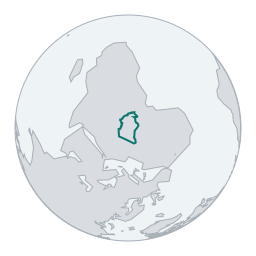 the Earth from above Chad, rotated 178°
{"feature_id": "TCD", "entity_name": "Chad", "entity_type": "country or territory", "adm_level": 0, "iso_a3": "TCD", "parent_name": "Africa", "parent_adm1": "", "projection": "orthographic", "projection_center": [18.978, 15.46], "detail": "fine", "context": "on_globe", "style": "outline", "palette": "teal", "viewbox_px": 256, "rotation_deg": 178, "n_neighbors": 0, "source": "natural_earth", "source_scale": "50m", "svg_char_len": 10928}
<svg xmlns="http://www.w3.org/2000/svg" viewBox="0 0 256 256"><g transform="rotate(178 128 128)"><circle cx="128" cy="128" r="113" fill="#eef3f6" stroke="#a8b0b8"/><path d="M100.5,18.8L93.8,20.7L95.3,20.3L91.1,21.8L91.2,22.0L88.6,22.9L91.0,22.4L93.4,21.5L95.2,21.1L95.5,21.2L92.2,22.3L91.6,22.4L90.8,22.8L89.0,23.3L90.1,23.2L86.1,24.6L90.5,23.5L87.7,24.9L84.9,25.9L84.7,25.4L77.7,27.4L74.8,28.8L71.0,30.9L64.9,35.6L61.9,37.5L58.3,40.5L60.1,39.4L63.6,36.8L66.2,35.8L70.2,33.1L71.8,32.5L76.1,30.1L76.0,31.1L73.5,33.4L69.9,35.5L68.8,36.7L72.6,35.3L66.4,40.3L63.0,45.7L61.3,47.2L57.3,48.2L56.2,46.1L50.9,48.8L54.8,47.8L50.6,52.0L50.1,53.1L50.7,53.5L52.5,52.3L51.1,54.1L46.8,55.4L47.9,53.8L49.3,53.3L48.7,52.5L45.7,54.0L43.8,56.3L41.4,57.1L39.9,58.9L38.6,60.3L41.0,57.3L36.7,62.9L33.7,66.4L38.5,59.6L43.9,53.1L49.7,47.0L55.9,41.4L62.6,36.3L69.6,31.7L77.0,27.6L84.6,24.1L92.5,21.1L100.5,18.8ZM17.7,104.9L18.0,104.2L16.8,110.5L17.9,105.7L17.4,109.6L18.7,112.5L18.3,113.7L19.2,123.9L22.2,130.1L22.9,135.5L22.4,138.0L23.9,139.9L23.9,141.8L31.6,148.9L37.0,155.8L37.9,162.4L35.3,168.2L37.6,182.5L34.2,184.5L36.5,190.0L39.2,196.7L36.8,194.0L40.7,199.1L41.6,200.2L36.4,193.5L31.7,186.5L27.6,179.1L24.0,171.4L21.1,163.4L18.7,155.3L17.0,147.0L15.9,138.6L15.4,130.2L15.5,121.7L16.3,113.3L17.7,104.9ZM24.0,84.8L22.5,88.8L22.7,88.1L24.0,84.8ZM28.0,76.2L28.4,75.4L28.2,75.8L28.0,76.2ZM75.8,29.8L75.9,30.0L75.1,30.3L75.8,29.8ZM77.6,28.8L76.6,29.1L77.2,28.6L77.9,28.4L77.6,28.8ZM78.8,28.6L78.6,27.8L79.8,27.1L83.3,25.9L78.8,28.6ZM94.0,21.2L91.5,22.1L93.3,21.3L94.0,21.2ZM94.7,20.8L97.5,19.6L101.3,18.6L99.6,19.1L104.3,17.9L104.8,18.0L102.3,18.7L99.7,19.2L101.9,18.9L94.7,20.8ZM96.1,20.9L96.3,20.6L99.6,19.6L99.8,20.0L98.6,20.2L96.1,20.9ZM105.3,17.7L107.8,17.2L108.9,17.1L110.0,16.9L105.1,17.9L105.3,17.7ZM98.1,20.5L99.8,20.3L98.5,20.9L96.1,21.1L98.1,20.5ZM100.4,19.3L102.0,18.9L101.2,19.2L100.4,19.3ZM94.9,23.5L95.1,22.9L96.8,22.4L94.9,23.5ZM100.5,20.2L100.9,20.0L101.6,19.8L102.5,19.8L100.5,20.2ZM106.2,17.9L106.2,18.0L108.3,17.5L109.2,17.5L105.7,18.3L107.6,18.0L107.9,18.0L104.8,18.6L106.2,17.9ZM105.5,19.3L101.4,20.5L100.6,21.5L99.0,22.0L100.6,20.3L105.5,19.3ZM105.3,18.8L105.0,19.2L103.2,19.5L102.3,19.4L105.3,18.8ZM111.0,17.4L110.5,17.1L111.3,16.9L111.0,17.4ZM105.6,19.4L106.6,19.2L105.7,19.5L105.6,19.4ZM109.8,17.9L109.5,17.7L110.4,17.6L109.8,17.9ZM108.7,18.8L107.4,19.1L106.7,19.1L108.7,18.8ZM109.5,18.3L110.8,18.2L107.3,18.8L109.2,18.3L109.5,18.3ZM110.6,17.8L111.1,17.7L110.6,17.9L110.6,17.8ZM112.1,19.0L107.8,19.9L106.4,19.6L110.6,18.8L112.1,19.0ZM213.2,54.4L213.7,54.9L211.0,51.9L214.2,55.7L216.1,57.9L215.4,56.9L217.1,59.1L218.9,61.5L219.5,62.3L223.9,68.9L227.8,75.8L231.2,82.9L232.8,87.5L233.6,89.5L232.6,88.1L233.9,92.8L237.6,102.6L238.3,105.9L239.1,113.7L238.7,111.3L236.3,107.3L237.6,115.6L239.5,120.7L240.2,128.0L239.5,126.7L238.6,120.4L237.7,118.8L236.7,111.7L233.5,102.3L232.7,105.4L231.5,101.3L227.0,94.3L225.2,98.7L223.1,112.1L224.8,122.9L223.2,128.5L216.2,114.8L212.5,105.0L210.4,106.8L202.9,99.7L191.1,102.0L189.0,99.7L186.9,101.4L181.6,99.6L178.4,95.7L175.3,96.5L183.8,106.9L187.0,106.1L189.3,101.1L191.0,105.0L196.1,107.8L191.7,119.0L173.6,130.9L171.3,123.0L154.8,102.4L155.0,99.9L154.9,99.7L154.7,99.2L153.7,103.3L150.7,99.3L160.1,113.8L161.9,120.3L173.3,131.4L172.4,132.8L175.9,134.9L186.6,130.3L186.8,133.0L182.1,146.3L166.8,164.9L168.6,175.7L167.0,185.0L156.9,191.9L157.2,198.6L151.9,201.4L151.1,205.2L146.5,209.4L139.1,213.4L127.0,213.8L126.7,210.5L121.4,204.1L114.2,187.7L117.7,179.9L116.9,173.7L108.1,159.7L110.0,151.8L107.6,148.4L102.6,149.1L99.7,145.0L96.6,144.8L77.1,146.4L70.9,140.7L63.0,123.7L66.4,117.6L66.6,110.1L89.5,86.7L94.8,88.4L113.3,85.7L115.7,86.6L113.9,92.3L128.2,99.2L132.2,94.3L144.7,97.7L152.7,97.0L154.7,86.2L141.6,87.0L138.9,82.0L149.0,76.9L160.4,76.8L159.7,74.9L152.1,71.0L154.3,67.4L149.4,69.5L151.7,71.3L148.7,72.8L146.5,71.3L147.3,70.0L143.8,69.3L140.5,76.4L142.5,79.0L133.5,80.7L135.9,85.4L133.6,87.7L128.6,80.8L128.8,78.2L120.0,71.1L119.0,73.9L127.3,80.9L124.8,80.4L123.5,84.8L122.6,81.1L113.9,73.2L105.5,75.0L95.4,85.6L90.4,86.4L85.9,84.1L88.9,73.2L99.8,72.8L101.0,69.5L98.3,64.6L101.8,65.1L102.0,63.2L106.1,63.0L111.3,58.7L115.4,58.2L116.9,52.9L119.2,52.1L117.7,55.4L118.7,57.6L128.8,57.2L130.6,56.0L130.8,52.7L133.5,53.2L132.4,50.1L137.9,48.7L130.3,48.0L130.3,44.6L133.3,42.1L131.9,41.0L127.0,45.2L126.2,47.1L127.8,48.9L124.6,54.6L121.3,55.7L119.4,49.6L114.5,50.6L115.2,45.9L128.1,36.5L133.8,34.8L144.2,38.4L143.2,40.3L139.0,39.9L143.4,43.1L142.8,41.5L145.1,42.1L145.6,39.5L147.3,39.8L145.0,36.9L147.1,37.1L148.5,38.9L151.2,35.6L155.3,35.5L155.1,34.7L153.7,33.8L160.0,34.5L159.6,33.9L157.4,33.4L155.1,31.9L153.5,29.7L155.8,30.0L156.6,30.9L161.8,33.4L163.8,36.0L164.6,35.9L163.4,33.9L157.0,30.7L155.5,29.3L158.6,30.5L157.4,29.9L157.3,29.4L159.3,29.2L155.9,27.9L151.9,22.4L155.4,22.1L158.7,23.5L158.3,21.2L162.3,21.7L160.3,21.1L158.7,20.2L157.4,19.9L156.3,19.6L151.7,17.9L152.0,17.9L159.8,19.9L167.4,22.5L174.9,25.6L182.1,29.2L189.0,33.3L195.6,37.9L201.9,43.0L207.8,48.5L213.2,54.4ZM82.2,98.9L81.7,101.1L82.2,98.9ZM172.9,82.3L179.4,82.0L175.5,75.8L177.7,75.2L175.6,73.5L175.2,75.4L170.0,70.6L172.4,68.4L171.1,65.8L168.9,65.8L165.3,70.7L172.8,77.4L171.7,80.2L172.9,82.3ZM18.8,112.5L18.8,114.1L18.5,113.6L18.8,112.5ZM21.4,95.5L21.5,96.7L21.1,96.5L21.4,95.5ZM22.2,90.0L21.4,94.7L20.6,95.0L21.3,92.1L21.3,92.6L22.2,90.0ZM26.4,79.5L26.0,80.1L25.6,81.1L26.1,80.0L26.4,79.5ZM27.8,76.6L28.4,75.5L27.8,76.6ZM50.9,51.9L51.2,51.8L51.3,52.6L50.5,52.9L50.9,51.9ZM56.7,52.6L54.5,55.4L55.5,53.5L53.9,54.3L54.0,51.5L60.5,47.8L57.5,49.8L56.7,52.6ZM56.0,47.2L55.2,49.1L55.9,47.2L56.0,47.2ZM99.2,54.3L100.8,55.4L99.4,57.4L94.3,58.9L96.1,55.8L99.2,54.3ZM103.3,56.6L102.9,50.6L106.1,49.8L104.3,51.2L106.5,51.2L104.3,53.6L107.7,59.0L106.8,61.2L97.8,62.1L101.2,60.4L99.5,59.3L103.3,56.6ZM96.2,39.9L96.1,38.1L103.2,38.5L102.5,40.1L97.3,41.5L95.1,40.3L96.2,39.9ZM84.9,26.9L84.4,26.8L85.3,26.4L86.5,26.2L84.9,26.9ZM94.8,23.3L88.1,27.3L87.2,27.3L84.3,30.0L80.8,31.2L82.7,29.3L77.9,32.4L78.2,31.2L75.2,33.4L79.9,29.0L80.1,28.3L81.3,28.6L84.5,27.5L86.0,26.8L90.1,24.5L92.0,22.7L95.5,21.6L97.5,21.3L97.6,21.6L95.3,22.1L97.1,22.1L93.8,23.2L94.8,23.3ZM118.9,23.2L116.1,23.0L119.2,24.6L115.9,25.0L116.5,25.2L114.3,26.1L112.6,27.6L111.0,27.6L111.0,28.2L109.6,29.0L109.1,29.9L106.1,30.4L105.3,31.5L104.3,31.1L103.7,33.1L102.8,31.9L100.9,33.0L102.7,33.6L88.0,35.7L82.4,38.1L78.3,40.8L77.4,38.8L80.8,35.2L86.3,31.3L91.7,29.6L90.3,29.2L92.5,28.3L92.7,29.0L93.8,27.4L95.6,26.9L100.5,24.5L100.9,23.0L102.7,22.2L103.5,22.5L104.7,21.5L107.4,21.8L108.7,21.3L112.7,21.3L113.4,22.5L114.8,21.9L117.9,22.1L118.9,23.2ZM113.1,19.0L114.7,20.1L113.7,20.9L107.2,20.7L105.7,21.2L101.5,21.4L103.0,20.2L104.1,20.2L105.4,20.0L104.4,20.4L106.3,19.9L107.8,20.0L109.7,19.6L109.7,20.0L113.1,19.0ZM118.1,84.4L119.9,84.7L122.7,84.4L121.9,87.3L118.1,84.4ZM112.0,79.1L113.6,78.7L113.9,82.4L112.0,82.3L112.0,79.1ZM114.3,75.6L113.7,78.4L112.9,76.9L114.3,75.6ZM119.1,54.9L120.8,54.5L121.0,55.3L120.2,56.5L119.1,54.9ZM127.2,29.1L125.8,28.6L126.2,28.3L125.0,26.5L127.3,26.3L129.0,27.2L127.2,29.1ZM152.6,88.2L150.4,90.4L149.2,89.5L150.2,88.9L152.6,88.2ZM135.5,88.9L139.5,90.1L135.3,89.7L135.5,88.9ZM129.5,28.5L128.7,27.8L130.4,28.2L129.5,28.5ZM129.0,26.0L130.9,26.2L127.5,26.0L129.0,26.0ZM185.0,222.2L184.8,223.0L183.5,223.4L185.0,222.2ZM184.8,181.2L176.1,197.8L171.2,198.5L170.9,194.1L174.5,184.3L180.4,180.8L183.4,176.0L184.8,181.2ZM239.6,142.9L239.9,140.7L240.0,140.3L239.6,142.9ZM239.9,140.7L239.5,137.3L236.9,124.7L237.9,124.0L240.2,130.5L240.1,132.2L240.3,135.3L239.9,140.7ZM240.6,127.6L240.6,127.2L240.6,125.5L240.6,127.6ZM225.2,123.7L227.4,129.4L226.3,131.0L225.2,123.7ZM234.7,92.6L234.8,93.7L234.3,92.2L233.7,89.8L234.7,92.6ZM148.3,27.2L147.4,29.7L148.3,31.8L151.2,33.3L146.7,32.6L145.3,29.3L148.3,27.2ZM151.2,22.9L148.7,22.0L150.0,21.9L150.8,22.1L151.2,22.9ZM149.5,22.7L146.0,22.5L144.7,21.7L147.8,22.0L149.5,22.7ZM137.8,25.0L137.4,25.7L136.0,25.3L137.8,25.0ZM155.7,19.6L154.2,19.2L154.8,19.1L155.7,19.6ZM150.6,18.1L151.0,18.4L149.6,17.9L150.6,18.1ZM152.0,19.2L150.7,18.5L153.3,19.4L152.0,19.2Z" fill="#d9dde1" stroke="#a8b0b8" stroke-width="1"/><path d="M137.3,120.0L137.3,120.8L137.3,121.7L137.3,122.6L137.4,123.5L137.4,124.3L137.4,125.2L137.4,126.1L137.4,127.0L137.5,127.3L137.4,127.4L136.9,127.3L136.7,127.3L136.1,127.5L135.8,127.4L135.6,127.6L135.5,127.8L135.6,128.2L135.5,128.4L135.5,128.5L135.4,128.6L135.3,128.8L135.2,128.8L135.1,129.0L135.0,129.3L134.9,129.5L134.6,129.6L134.5,129.8L134.6,130.0L134.6,130.3L134.8,130.4L134.8,130.5L134.7,130.6L134.4,130.8L134.1,131.0L134.0,131.4L134.1,131.6L134.2,131.9L134.2,132.0L134.2,132.3L133.8,132.6L133.6,132.8L133.5,133.1L133.5,133.3L133.8,133.4L134.0,133.4L134.5,133.5L134.5,133.8L134.6,134.1L134.7,134.5L134.9,134.7L134.9,134.8L134.9,135.4L135.0,135.6L135.2,135.8L135.3,135.8L135.5,135.9L135.6,136.0L135.6,136.3L135.6,136.6L135.5,136.8L135.4,136.8L135.2,136.8L135.0,136.7L134.8,136.7L134.5,136.8L134.3,136.9L134.2,137.0L133.9,137.1L133.4,137.4L133.3,137.5L133.3,137.8L133.3,138.0L133.2,138.1L133.0,138.3L132.9,138.3L132.7,138.7L132.6,138.8L132.4,138.7L131.9,139.3L131.7,139.6L131.5,139.9L131.3,140.0L131.2,140.1L130.6,140.4L130.1,140.4L129.9,140.5L129.7,140.6L129.3,140.6L129.2,140.6L128.8,140.7L128.3,140.6L128.1,140.7L128.0,140.8L127.8,140.9L127.8,141.0L128.2,141.2L128.3,141.3L128.2,141.5L127.9,141.8L127.6,142.1L127.4,142.2L127.3,142.3L127.2,142.5L126.6,142.6L126.0,142.6L125.6,142.7L125.4,142.6L125.1,142.8L124.9,142.8L124.6,143.0L124.4,143.2L123.9,143.3L123.8,143.5L123.7,143.5L123.5,143.3L123.3,143.1L123.3,142.9L123.2,142.9L123.0,143.0L122.9,143.2L122.6,143.3L122.3,143.4L122.1,143.5L121.9,143.6L121.6,143.6L121.4,143.5L121.2,143.5L121.3,143.3L121.3,143.2L121.2,142.9L120.9,142.4L120.8,141.9L120.5,141.5L120.2,141.2L119.9,141.0L119.8,140.9L119.4,140.5L119.0,140.2L118.9,140.0L118.7,139.8L118.5,139.5L118.4,139.4L118.3,139.2L118.5,139.0L118.6,138.8L118.8,138.7L119.1,138.7L119.5,138.7L120.0,138.8L120.4,138.7L120.6,138.7L120.9,138.7L121.3,138.7L121.6,138.7L121.3,138.5L121.1,138.2L120.8,138.0L120.7,137.7L120.6,137.4L120.5,137.0L120.4,136.5L120.4,136.2L120.6,135.6L120.5,135.4L120.5,135.0L120.5,134.9L120.3,134.5L120.1,134.2L120.1,133.7L119.9,133.4L119.7,133.3L119.5,133.1L119.5,132.8L119.4,132.7L118.9,132.6L118.6,132.6L118.4,132.2L118.0,131.8L117.8,131.3L117.6,130.5L117.5,130.0L117.6,129.8L117.9,129.5L118.2,128.9L118.9,127.9L119.3,127.3L120.0,126.6L120.9,125.6L121.4,125.1L121.5,124.1L121.6,123.1L121.7,122.3L121.8,121.4L121.9,120.6L121.9,120.0L122.0,119.2L122.4,118.5L122.4,118.4L121.9,117.7L121.7,117.3L121.8,117.2L121.3,116.3L121.1,116.2L121.1,115.9L121.1,115.3L120.9,114.3L120.8,113.2L121.4,112.9L122.0,112.6L122.6,112.3L123.2,112.6L124.0,113.1L124.9,113.6L125.8,114.0L126.6,114.5L127.5,115.0L128.4,115.4L129.3,115.9L130.1,116.4L131.0,116.8L131.9,117.3L132.8,117.7L133.7,118.2L134.6,118.6L135.5,119.1L136.4,119.5L137.3,120.0Z" fill="none" stroke="#0f766e" stroke-width="2"/></g></svg>